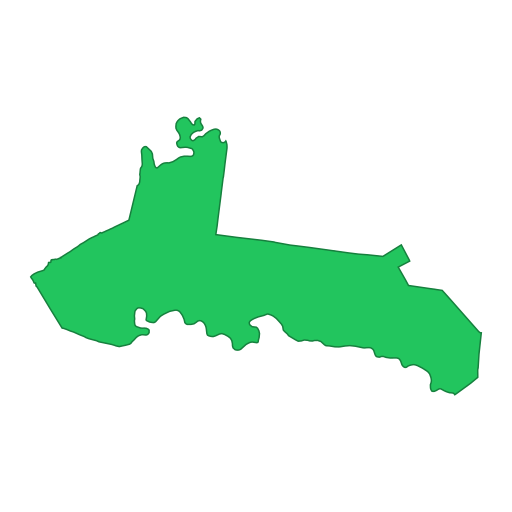 Balta Doamnei, Prahova, Romania (orthographic projection)
{"feature_id": "2599482B99497080352243", "entity_name": "Balta Doamnei", "entity_type": "district", "adm_level": 2, "iso_a3": "ROU", "parent_name": "Romania", "parent_adm1": "Prahova", "projection": "orthographic", "projection_center": [26.161, 44.772], "detail": "fine", "context": "isolated", "style": "filled", "palette": "green", "viewbox_px": 512, "rotation_deg": 0, "n_neighbors": 0, "source": "geoboundaries", "source_scale": "gbopen_adm2", "svg_char_len": 6047}
<svg xmlns="http://www.w3.org/2000/svg" viewBox="0 0 512 512"><path d="M30.7,276.9L31.5,278.3L32.4,279.4L33.3,280.9L33.7,282.0L34.3,283.1L35.6,283.0L36.1,286.1L37.1,287.0L50.4,309.1L62.1,328.1L63.4,328.3L66.6,329.4L70.4,331.0L73.5,332.0L79.3,334.6L84.6,336.7L84.8,336.9L86.0,337.6L88.9,338.7L96.5,340.7L98.9,341.8L111.5,344.4L114.5,345.3L116.1,345.9L119.3,346.6L121.9,346.0L125.3,345.3L129.5,344.2L130.8,343.4L132.1,341.7L134.1,339.8L136.2,337.5L137.7,336.3L138.9,335.6L141.3,334.8L142.7,334.7L145.6,335.0L146.7,334.9L147.7,334.4L148.6,333.5L149.1,332.5L149.1,330.1L148.1,329.1L146.3,328.3L144.2,328.1L142.4,328.2L140.5,328.0L136.7,326.7L135.6,326.0L135.0,325.1L134.7,323.9L134.4,320.9L134.7,319.0L134.4,315.8L134.9,311.4L135.3,310.6L136.7,308.8L137.5,308.2L138.5,307.8L140.4,307.9L142.8,308.6L143.5,309.1L144.7,310.3L145.7,311.4L146.5,313.1L146.7,316.0L146.1,319.9L146.6,320.6L149.5,322.0L152.3,322.5L153.9,322.6L155.5,321.8L160.0,316.7L161.4,315.6L163.9,314.1L167.2,312.5L169.8,311.3L175.0,310.2L176.8,310.2L178.5,310.8L180.0,312.0L181.9,314.6L182.6,315.8L184.1,319.3L184.9,322.7L186.1,323.9L187.2,324.4L188.8,324.4L190.9,324.4L194.0,323.8L196.5,322.1L197.7,321.1L199.4,320.6L201.1,320.8L202.7,321.8L203.9,322.9L205.0,324.6L205.9,326.7L206.3,328.7L206.7,332.2L206.9,333.7L207.5,335.1L209.0,335.9L211.0,336.4L213.1,336.6L215.6,335.8L219.5,334.0L221.9,333.6L224.5,334.4L228.0,336.3L230.4,338.2L231.8,340.6L232.4,343.5L232.5,345.9L233.1,347.9L235.1,349.7L236.4,350.0L237.9,350.1L239.2,349.9L240.7,349.3L246.0,344.5L248.3,343.2L250.1,342.4L252.1,342.0L256.8,342.7L257.8,342.4L258.2,341.6L258.4,340.1L259.1,337.5L259.5,333.6L258.9,330.8L257.6,328.3L256.3,327.2L252.1,326.7L250.2,325.2L249.5,324.2L249.2,322.8L249.6,321.7L250.5,320.7L252.1,319.6L254.2,318.5L258.2,316.9L263.9,315.4L267.1,314.1L268.0,314.0L271.3,315.1L273.4,316.2L276.4,318.5L279.7,322.1L281.5,324.2L282.7,326.3L283.3,330.0L284.5,331.4L287.3,333.9L288.6,335.7L295.5,339.8L298.2,341.2L301.4,340.9L304.3,340.0L307.7,340.3L309.8,340.9L312.6,341.0L314.2,340.5L317.6,340.4L320.9,341.5L324.6,344.9L326.0,345.7L329.3,345.9L334.8,346.8L338.3,346.9L340.1,346.8L345.0,346.0L349.8,345.6L355.4,346.2L363.0,347.8L364.7,347.9L366.3,347.7L369.0,347.6L370.7,347.8L372.5,348.9L373.2,349.6L373.9,350.9L374.6,353.2L375.2,354.9L376.2,356.4L377.1,356.8L379.0,357.1L379.8,357.1L381.1,356.5L383.2,356.4L386.2,357.4L390.3,358.0L396.4,357.9L398.2,358.3L399.5,359.2L400.7,361.1L401.8,364.3L402.2,365.2L403.1,366.3L403.8,366.9L404.9,367.4L405.8,367.4L406.6,367.1L408.1,366.0L409.1,365.6L410.6,365.1L413.2,364.6L415.2,364.8L417.7,365.7L422.2,368.0L426.6,370.8L428.2,372.1L429.7,374.0L431.0,377.7L431.3,379.5L431.4,380.7L431.2,382.3L430.4,384.8L430.5,388.0L430.8,389.2L431.7,391.0L432.9,391.4L434.4,391.3L436.5,390.4L438.4,389.2L439.9,388.7L441.1,389.0L444.4,390.8L446.4,391.7L449.5,392.7L452.3,392.9L453.6,393.3L454.5,394.2L454.8,394.7L456.3,393.7L470.7,383.2L477.8,377.3L477.7,370.5L477.9,368.2L478.1,368.1L479.0,353.9L481.3,332.8L480.6,332.8L479.8,332.5L478.6,331.5L449.4,298.4L442.2,290.4L408.5,285.5L405.7,280.3L398.2,267.1L409.7,261.1L409.2,259.9L401.3,244.9L382.9,256.4L367.6,254.8L358.2,254.1L348.5,252.9L309.0,247.4L297.9,246.0L290.2,245.1L278.6,243.0L275.2,242.4L274.1,242.0L261.9,240.3L236.9,237.4L215.8,234.6L217.1,226.0L218.0,218.4L221.1,194.1L221.2,193.0L223.1,177.9L223.4,176.9L224.3,169.6L224.9,164.3L227.0,148.0L227.0,146.4L226.9,144.6L226.3,142.2L226.1,141.6L225.8,141.0L225.4,141.6L224.6,142.2L223.8,142.6L223.1,142.7L221.8,142.5L221.2,142.2L220.6,141.6L220.1,140.3L219.4,138.2L219.2,137.3L219.2,136.4L219.3,135.8L219.6,135.2L219.9,134.7L220.2,134.0L220.3,133.1L220.2,132.3L219.9,131.4L219.4,130.7L218.4,129.9L217.4,129.4L216.2,129.1L215.1,129.1L213.9,129.3L211.7,130.1L209.3,131.2L205.7,133.8L203.9,135.8L202.2,136.8L200.5,136.6L198.7,136.5L196.0,138.3L195.3,139.3L194.6,139.9L193.4,140.6L192.5,140.7L191.6,140.2L190.8,139.3L190.3,138.4L190.0,136.9L190.8,135.5L191.1,134.6L193.5,132.4L195.8,131.3L197.9,130.6L199.6,130.8L201.6,130.2L202.8,128.5L203.0,127.3L202.5,126.0L200.7,123.1L200.4,121.1L200.8,119.2L199.4,117.8L197.2,118.8L195.0,121.4L194.9,124.0L194.4,124.9L193.1,124.9L192.0,124.1L191.0,122.8L190.5,121.9L188.0,118.7L186.6,117.7L185.6,117.5L183.7,117.3L181.1,118.3L179.7,119.0L178.0,120.6L177.1,121.8L176.2,123.6L175.9,126.4L176.0,128.3L176.9,130.3L178.7,132.8L179.6,134.5L180.1,136.3L180.3,137.8L180.0,139.1L179.6,139.9L177.3,141.6L176.9,142.2L176.7,142.9L176.8,143.7L177.1,144.9L177.7,146.2L178.7,147.1L179.4,147.5L180.3,147.7L185.5,147.2L187.6,147.4L191.8,148.6L192.5,149.2L193.6,151.2L193.9,152.1L193.9,153.0L193.7,154.1L193.4,154.9L192.9,155.6L192.3,156.0L191.3,156.3L190.2,156.4L187.1,156.2L184.2,156.2L180.5,157.0L178.6,158.0L176.4,159.6L172.9,161.7L169.0,162.9L166.9,162.8L164.7,163.0L163.8,163.2L162.3,163.8L160.6,165.0L158.7,166.7L157.4,167.8L156.6,167.9L156.1,167.7L155.4,167.1L154.7,165.6L154.2,164.0L153.8,161.3L152.8,158.4L152.4,154.0L151.6,152.1L151.0,151.1L147.3,147.6L146.3,146.7L145.8,146.6L145.0,146.6L143.9,147.0L142.7,148.1L141.8,149.5L141.5,150.1L141.4,151.6L141.5,152.6L141.8,154.8L142.0,159.8L142.3,163.8L142.2,165.2L142.0,165.9L141.4,167.2L140.8,167.9L140.4,168.9L140.2,170.8L140.0,173.0L139.8,174.5L140.2,176.8L139.7,181.9L139.3,183.4L138.7,184.5L137.8,185.4L137.2,185.7L129.0,219.7L128.9,220.0L128.6,220.3L114.4,227.1L112.4,228.2L110.2,229.1L109.1,229.7L105.8,231.1L104.9,231.6L102.7,232.5L101.9,233.0L101.5,233.0L100.7,232.6L100.1,232.6L99.2,233.5L98.4,233.9L98.2,234.2L98.0,234.7L97.6,235.0L94.9,236.2L93.2,237.1L92.5,237.3L89.3,238.9L83.6,242.6L80.3,244.4L78.7,245.8L77.5,246.7L73.9,248.9L69.3,252.2L68.6,252.5L62.0,256.7L61.4,257.2L60.7,257.4L60.9,257.8L59.3,258.3L56.7,259.4L56.0,259.2L55.0,259.2L54.6,259.5L52.4,259.6L51.5,259.8L51.3,260.0L51.4,260.3L51.0,260.4L50.9,261.8L50.9,262.0L50.6,262.3L50.2,262.5L49.8,262.4L48.8,262.4L48.6,262.5L48.4,263.1L48.4,264.3L47.9,265.0L47.5,265.9L47.0,266.2L46.0,267.2L44.8,268.8L44.0,270.1L42.5,270.7L37.8,272.1L34.9,273.5L34.1,273.9L32.0,275.4L30.7,276.9Z" fill="#22c55e" stroke="#15803d" stroke-width="1.5"/></svg>